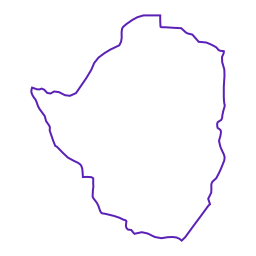 the border of Zimbabwe
{"feature_id": "ZWE", "entity_name": "Zimbabwe", "entity_type": "country or territory", "adm_level": 0, "iso_a3": "ZWE", "parent_name": "Africa", "parent_adm1": "", "projection": "equal_earth", "projection_center": [29.641, -19.023], "detail": "fine", "context": "isolated", "style": "outline", "palette": "violet", "viewbox_px": 256, "rotation_deg": 0, "n_neighbors": 0, "source": "natural_earth", "source_scale": "50m", "svg_char_len": 2035}
<svg xmlns="http://www.w3.org/2000/svg" viewBox="0 0 256 256"><path d="M181.7,240.6L179.5,238.8L176.5,237.5L172.6,237.0L167.6,237.2L161.4,238.2L154.8,237.0L147.7,233.5L141.8,232.2L134.8,233.7L134.5,233.8L133.3,232.6L131.3,230.0L128.1,229.6L127.3,228.9L126.5,228.0L126.1,226.8L125.9,225.4L126.4,221.2L126.1,220.7L125.3,220.2L123.5,219.7L119.3,217.7L113.9,215.9L105.3,213.8L102.0,213.3L101.2,212.7L100.2,211.1L98.5,206.2L97.0,203.0L93.2,198.0L92.6,196.5L92.8,192.5L93.0,189.3L93.4,186.6L93.2,184.0L93.2,180.9L93.3,178.8L92.8,177.9L91.4,177.2L87.6,176.9L82.9,177.0L82.7,173.8L82.3,168.9L81.4,166.0L80.3,164.5L78.2,162.9L73.8,160.8L67.9,157.6L62.8,152.8L57.0,146.8L55.2,145.8L53.0,140.2L49.7,130.6L49.9,127.4L49.3,125.8L46.1,121.1L45.4,118.6L44.8,116.2L39.7,109.2L38.0,106.2L36.7,102.3L35.3,99.2L34.2,98.0L32.8,95.8L31.7,93.4L31.3,91.6L31.6,89.2L32.1,87.6L36.9,89.3L39.6,89.4L41.6,88.6L44.2,89.7L47.2,92.9L50.5,93.5L54.1,91.5L58.9,92.1L65.0,95.2L70.0,95.8L76.0,93.1L81.3,85.4L86.3,78.1L91.3,69.8L94.2,63.0L98.6,57.5L104.4,53.2L110.3,49.6L119.3,45.3L121.1,41.6L121.7,37.7L121.6,32.2L122.1,28.6L123.0,27.0L124.5,25.7L126.5,24.0L132.4,19.9L137.4,17.2L143.5,15.4L150.1,15.4L156.5,15.4L160.2,15.4L160.2,20.7L160.5,26.6L161.2,27.2L166.0,27.3L173.7,27.8L181.2,28.2L185.9,32.5L187.5,33.4L192.4,34.6L198.7,41.8L206.3,42.5L211.5,44.7L216.1,47.2L218.7,50.1L220.4,50.8L222.7,51.0L223.9,51.3L223.6,53.4L222.0,57.1L222.2,62.2L224.3,69.4L224.5,75.6L223.8,86.6L223.8,97.2L224.0,101.0L224.3,103.5L224.7,104.9L224.6,106.5L223.3,110.9L222.3,115.6L222.2,117.5L221.8,118.8L221.1,120.0L217.8,122.1L217.2,123.5L217.2,125.9L217.6,127.9L218.8,128.7L220.3,129.8L220.9,131.3L220.9,132.9L220.4,135.9L219.0,140.8L220.3,146.5L221.8,150.1L223.8,154.3L224.6,157.0L224.5,158.8L224.2,160.6L221.1,168.4L218.9,173.2L216.2,178.3L212.6,181.5L211.7,183.1L211.3,184.8L211.4,188.7L211.2,192.7L208.2,198.8L210.0,204.2L209.6,204.6L208.6,205.4L204.2,211.4L199.8,217.4L196.5,221.8L192.8,226.8L188.7,232.4L185.2,237.2L181.7,240.6Z" fill="none" stroke="#5b21b6" stroke-width="2"/></svg>